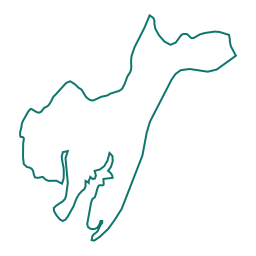 outline of Tombali
{"feature_id": "GNB-778", "entity_name": "Tombali", "entity_type": "Region", "adm_level": 1, "iso_a3": "GNB", "parent_name": "Guinea-Bissau", "parent_adm1": "", "projection": "equal_earth", "projection_center": [-15.06, 11.313], "detail": "fine", "context": "isolated", "style": "outline", "palette": "teal", "viewbox_px": 256, "rotation_deg": 0, "n_neighbors": 0, "source": "natural_earth", "source_scale": "10m", "svg_char_len": 2285}
<svg xmlns="http://www.w3.org/2000/svg" viewBox="0 0 256 256"><path d="M235.9,55.7L216.6,69.6L207.7,71.7L189.6,69.0L180.7,70.2L175.4,74.1L171.5,79.8L150.0,121.6L146.7,132.6L142.4,155.6L121.6,209.0L114.3,220.5L108.1,229.0L99.7,236.9L94.2,240.6L91.7,240.1L92.3,236.3L93.8,234.3L95.7,233.0L97.6,231.2L100.8,224.6L102.2,223.0L102.2,221.0L100.6,221.0L99.7,223.7L98.5,226.1L97.0,227.9L94.6,229.0L92.1,229.1L89.7,228.4L87.9,226.7L87.2,224.1L91.1,202.6L92.4,199.0L94.7,197.4L96.1,193.6L97.1,189.3L98.4,186.0L99.7,185.2L102.4,185.4L103.5,184.9L103.7,183.8L103.4,179.9L103.5,178.9L112.6,177.9L112.2,175.5L111.0,173.5L109.6,172.0L108.1,170.9L111.0,166.8L112.7,161.3L112.5,156.1L109.5,153.0L107.5,160.6L104.3,166.1L99.9,169.5L94.6,170.9L95.9,175.6L94.9,178.5L92.8,179.1L90.3,176.9L89.9,178.4L89.3,179.6L88.8,180.9L88.7,182.9L87.9,182.2L85.6,180.9L85.5,186.5L84.3,189.2L82.0,191.0L79.1,194.1L76.6,198.3L73.4,206.5L67.7,216.7L65.4,219.7L62.7,221.0L59.9,219.4L56.6,215.5L54.1,211.2L53.8,208.0L56.2,205.7L62.7,201.4L65.0,199.0L66.1,195.7L67.8,182.9L65.5,158.3L67.8,151.1L62.9,152.1L61.7,156.5L62.4,162.1L63.5,167.1L63.8,171.6L63.6,178.6L62.0,183.7L56.4,180.7L48.7,180.9L46.4,180.0L44.7,178.7L43.5,177.6L42.6,176.9L37.6,177.9L34.9,177.3L33.7,174.0L33.1,170.8L31.6,168.7L29.4,167.5L27.0,167.1L23.8,164.1L23.0,157.0L23.2,143.0L23.8,139.8L23.7,137.9L22.5,137.0L21.1,137.0L20.4,136.6L20.2,135.7L20.1,133.9L20.4,130.8L21.5,127.0L21.8,123.9L22.8,121.2L28.3,111.4L30.6,108.9L32.0,109.3L36.4,112.0L38.9,112.7L41.1,111.8L44.2,107.8L46.3,106.9L48.6,105.3L51.1,101.3L53.4,96.7L55.4,94.8L66.1,83.0L70.1,81.3L71.1,81.8L75.1,84.4L78.7,87.9L80.4,88.8L81.2,89.4L81.9,90.2L85.3,95.9L86.3,97.1L87.6,98.4L90.1,100.0L91.8,100.4L93.3,100.5L101.2,96.8L106.4,95.7L107.6,95.3L109.7,94.0L110.7,93.5L119.1,90.9L121.0,89.7L122.3,88.5L124.7,83.8L127.2,76.9L128.5,74.7L129.4,73.4L130.1,72.3L130.6,71.1L131.0,69.7L131.2,68.1L131.3,66.3L131.1,60.8L131.4,57.2L131.7,55.5L134.6,47.1L144.4,27.9L149.6,15.4L153.4,18.0L154.4,20.6L154.4,24.0L155.4,28.8L159.0,35.3L164.4,41.5L170.4,44.8L175.6,42.7L181.4,34.9L183.6,33.9L187.2,34.2L187.9,34.8L190.4,37.4L191.8,38.2L193.8,37.9L199.9,34.4L204.8,33.0L214.7,31.6L219.6,32.0L229.0,34.9L229.8,39.1L229.8,41.3L230.9,46.4L235.8,55.6L235.9,55.7Z" fill="none" stroke="#0f766e" stroke-width="2"/></svg>